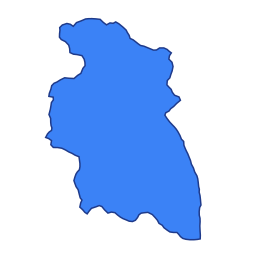 Itatiaiuçu, Minas Gerais, Brazil, rotated 95°
{"feature_id": "56859067B98169129353112", "entity_name": "Itatiaiuçu", "entity_type": "district", "adm_level": 2, "iso_a3": "BRA", "parent_name": "Brazil", "parent_adm1": "Minas Gerais", "projection": "mercator", "projection_center": [-44.452, -20.206], "detail": "fine", "context": "isolated", "style": "filled", "palette": "blue", "viewbox_px": 256, "rotation_deg": 95, "n_neighbors": 0, "source": "geoboundaries", "source_scale": "gbopen_adm2", "svg_char_len": 2483}
<svg xmlns="http://www.w3.org/2000/svg" viewBox="0 0 256 256"><g transform="rotate(95 128 128)"><path d="M232.2,46.4L228.4,46.6L224.6,47.2L219.3,47.9L215.2,48.0L211.6,48.4L208.7,49.4L205.0,49.8L201.0,49.7L198.4,48.6L195.8,49.1L192.9,49.6L189.0,50.4L185.8,51.5L182.8,51.6L180.3,52.5L176.1,53.3L172.5,54.1L169.6,55.2L166.0,57.7L162.2,59.3L158.5,61.7L155.0,62.9L151.9,64.5L148.5,66.2L145.6,68.0L143.1,69.4L140.3,70.8L136.5,71.4L134.5,73.8L130.9,75.6L127.3,78.0L124.8,80.0L122.8,82.0L121.0,84.1L118.5,86.9L115.1,90.0L112.0,92.4L109.5,91.7L107.5,88.6L105.1,87.2L102.6,84.4L99.3,81.7L95.8,78.2L92.6,79.9L91.3,84.5L88.5,87.0L85.7,88.4L83.5,91.0L81.6,93.0L77.3,93.0L74.4,90.7L71.0,90.0L67.3,89.0L62.8,88.5L58.7,89.9L55.8,93.3L52.4,93.0L49.4,91.4L47.9,93.8L46.3,95.9L45.1,99.3L45.5,103.5L47.8,106.4L48.2,109.4L47.0,113.2L46.0,116.4L45.1,119.3L44.7,122.7L43.3,125.1L41.5,127.8L39.7,130.6L38.6,133.7L35.5,135.0L32.9,137.0L30.6,138.4L28.1,141.6L25.0,146.1L23.4,149.5L25.0,151.9L24.9,155.1L27.1,158.4L24.9,161.9L22.2,165.2L22.1,169.4L22.2,173.4L22.5,176.6L23.1,179.8L25.4,184.1L27.5,188.5L31.5,191.4L29.7,194.5L29.2,198.0L31.1,202.4L33.9,204.8L36.5,204.3L40.0,204.4L43.5,204.2L45.7,202.2L47.4,197.9L50.6,194.3L53.8,193.1L57.9,192.4L59.2,188.8L59.3,185.2L59.9,180.2L63.2,177.7L66.5,176.6L69.7,176.2L72.5,178.1L75.1,178.9L77.7,179.7L80.0,182.8L83.4,186.1L83.6,191.5L83.5,195.5L85.9,199.5L88.4,202.8L89.9,205.6L92.5,207.7L96.1,208.2L100.3,209.4L103.4,209.6L103.8,205.2L106.5,204.8L109.3,206.5L112.6,206.7L116.2,207.0L121.5,207.9L125.2,205.9L129.0,205.5L132.1,204.9L134.6,203.8L137.1,204.0L138.8,206.1L141.0,207.7L144.6,209.2L145.4,206.2L147.2,203.1L151.4,203.4L153.9,200.7L153.6,196.4L153.9,192.2L155.3,188.4L157.0,184.9L158.1,181.6L159.7,178.3L160.9,174.3L164.5,173.5L167.5,172.8L170.7,172.5L173.8,172.8L176.1,174.6L178.4,175.8L181.8,176.7L185.1,177.3L187.6,176.2L191.0,174.6L193.8,172.3L197.6,171.0L201.8,169.5L203.8,167.6L206.8,168.6L211.0,169.1L213.5,165.9L215.8,163.6L217.1,161.2L214.2,159.5L211.2,157.4L209.2,152.8L207.8,149.9L208.5,147.2L211.6,144.2L214.5,140.6L213.2,137.2L213.5,133.6L215.5,130.9L217.4,127.9L218.7,125.1L219.7,121.8L220.7,118.8L220.8,115.4L219.3,112.6L216.4,110.7L213.6,109.6L211.7,107.5L211.0,104.5L210.3,100.8L212.1,96.2L214.9,93.1L217.3,90.7L220.3,88.8L221.9,85.4L224.2,83.5L226.2,80.3L227.9,77.2L228.1,73.4L227.8,70.1L229.6,68.1L231.6,66.3L233.2,63.8L233.8,60.7L233.9,56.6L233.5,52.3L233.0,49.4L232.2,46.4Z" fill="#3b82f6" stroke="#1e3a8a" stroke-width="1.5"/></g></svg>